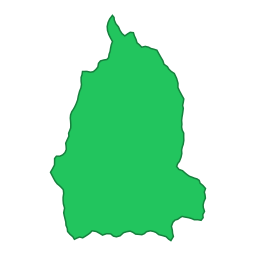 São Francisco de Paula, Minas Gerais, Brazil (Mercator projection)
{"feature_id": "56859067B89224130991777", "entity_name": "São Francisco de Paula", "entity_type": "district", "adm_level": 2, "iso_a3": "BRA", "parent_name": "Brazil", "parent_adm1": "Minas Gerais", "projection": "mercator", "projection_center": [-44.994, -20.695], "detail": "fine", "context": "isolated", "style": "filled", "palette": "green", "viewbox_px": 256, "rotation_deg": 0, "n_neighbors": 0, "source": "geoboundaries", "source_scale": "gbopen_adm2", "svg_char_len": 2420}
<svg xmlns="http://www.w3.org/2000/svg" viewBox="0 0 256 256"><path d="M50.5,172.3L51.9,175.0L53.5,178.1L55.2,181.2L57.2,183.8L59.3,185.5L61.2,187.3L63.3,189.6L63.7,193.4L63.1,197.3L63.1,200.3L63.4,203.9L64.6,208.1L63.7,212.7L64.2,215.4L65.0,218.7L65.8,222.0L66.0,225.3L67.2,228.1L67.6,231.5L70.0,234.3L72.9,236.8L74.4,239.3L76.9,238.1L79.6,237.0L82.7,237.8L85.2,236.3L87.7,234.7L89.9,233.1L92.1,230.8L96.3,231.5L99.8,233.4L102.5,235.1L106.5,233.7L110.6,233.8L113.4,236.1L116.4,236.8L120.1,235.8L123.5,232.7L126.7,231.7L130.2,231.1L132.9,232.3L135.6,234.1L139.0,234.4L141.9,234.7L144.4,233.6L146.5,231.7L150.4,230.8L153.7,231.5L156.1,232.5L158.7,234.6L162.6,235.6L166.2,236.7L168.6,239.1L170.9,240.6L173.4,236.5L172.6,233.4L172.3,230.1L171.4,226.3L172.9,222.3L175.1,220.0L177.7,219.3L179.9,217.7L182.1,216.4L184.7,217.0L188.7,217.7L191.7,218.6L194.2,219.7L197.8,219.7L201.1,220.3L203.1,217.7L202.8,214.6L204.5,211.4L203.3,207.6L203.1,204.9L203.9,201.6L205.4,198.2L205.0,194.8L204.3,192.1L205.5,188.5L202.9,185.5L200.1,183.2L199.2,180.4L197.0,178.9L194.5,178.2L192.0,177.2L189.5,176.3L187.4,174.9L185.2,173.1L182.5,170.7L178.9,169.4L176.6,166.4L177.7,163.5L179.4,161.4L181.0,157.3L181.8,153.6L181.6,150.0L182.3,146.9L183.2,144.3L183.8,140.5L183.7,136.8L183.7,133.1L182.2,130.2L181.6,127.0L181.9,124.2L181.6,120.5L182.0,117.0L182.5,114.2L182.9,111.4L183.3,108.3L182.6,105.5L183.3,102.2L183.8,98.9L181.9,95.5L179.7,91.4L177.9,87.5L178.0,83.3L176.6,78.4L174.3,73.5L170.9,71.2L168.8,69.1L167.4,66.7L164.0,64.3L162.8,60.6L161.0,57.6L158.8,53.7L156.9,50.2L153.8,49.2L150.9,48.5L148.6,47.2L145.3,46.4L141.7,47.2L139.4,44.8L137.0,42.8L136.0,39.4L134.3,35.7L133.4,32.7L130.2,32.3L127.6,33.9L124.8,35.9L122.0,33.6L119.9,30.4L118.5,27.0L115.8,23.7L114.3,20.1L114.0,17.4L112.4,15.4L109.7,19.0L108.1,22.5L107.2,26.5L107.5,30.4L108.8,34.5L110.6,38.1L112.5,41.5L111.3,44.8L110.6,48.1L110.1,51.4L109.1,54.3L108.6,57.6L106.9,59.5L103.8,60.0L100.5,60.9L98.5,63.3L97.9,67.0L95.8,69.6L93.3,71.7L90.5,72.2L86.9,71.4L82.5,71.5L82.0,74.8L81.1,77.4L81.1,81.1L81.5,84.6L80.9,88.1L79.6,91.2L78.4,95.7L77.6,100.0L76.1,104.0L74.8,106.8L73.4,109.3L71.8,111.7L70.6,114.8L70.3,118.1L70.6,121.4L70.8,124.8L70.7,128.0L69.6,130.8L68.6,133.3L68.9,136.2L67.3,139.6L65.7,143.2L66.1,146.0L66.3,149.5L65.0,152.6L62.8,154.8L59.9,156.2L56.4,156.2L54.6,158.5L54.6,161.3L54.5,165.0L52.4,169.0L50.5,172.3Z" fill="#22c55e" stroke="#15803d" stroke-width="1.5"/></svg>